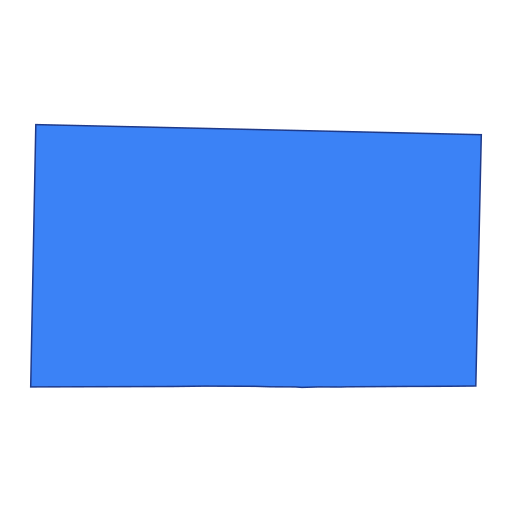 outline of Ozark, Missouri, United States of America
{"feature_id": "52423323B58734474241288", "entity_name": "Ozark", "entity_type": "district", "adm_level": 2, "iso_a3": "USA", "parent_name": "United States of America", "parent_adm1": "Missouri", "projection": "mercator", "projection_center": [-92.375, 36.652], "detail": "fine", "context": "isolated", "style": "filled", "palette": "blue", "viewbox_px": 512, "rotation_deg": 0, "n_neighbors": 0, "source": "geoboundaries", "source_scale": "gbopen_adm2", "svg_char_len": 381}
<svg xmlns="http://www.w3.org/2000/svg" viewBox="0 0 512 512"><path d="M35.8,124.6L30.7,386.9L172.8,386.5L196.8,386.2L205.1,386.1L254.8,386.3L271.0,386.8L295.2,386.9L301.9,387.4L318.8,386.9L340.6,387.0L346.7,386.8L410.2,386.4L411.8,386.4L413.6,386.4L421.9,386.4L455.4,386.2L463.9,386.1L475.8,386.0L481.3,134.7L35.8,124.6Z" fill="#3b82f6" stroke="#1e3a8a" stroke-width="1.5"/></svg>